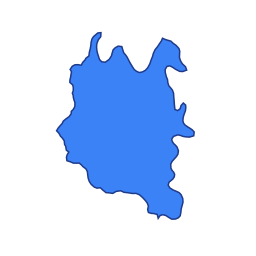 Abdon Batista, Santa Catarina, Brazil (Mercator projection), rotated 257°
{"feature_id": "56859067B29190973569639", "entity_name": "Abdon Batista", "entity_type": "district", "adm_level": 2, "iso_a3": "BRA", "parent_name": "Brazil", "parent_adm1": "Santa Catarina", "projection": "mercator", "projection_center": [-51.047, -27.584], "detail": "fine", "context": "isolated", "style": "filled", "palette": "blue", "viewbox_px": 256, "rotation_deg": 257, "n_neighbors": 0, "source": "geoboundaries", "source_scale": "gbopen_adm2", "svg_char_len": 2712}
<svg xmlns="http://www.w3.org/2000/svg" viewBox="0 0 256 256"><g transform="rotate(257 128 128)"><path d="M205.5,102.8L203.8,101.2L202.1,98.6L199.7,96.6L201.1,93.1L201.5,90.3L200.7,87.6L198.1,84.8L195.5,85.6L192.7,84.4L190.2,83.4L187.8,82.2L185.5,81.6L182.4,83.8L179.9,83.8L176.8,83.1L174.4,81.6L172.2,81.9L169.8,81.6L167.4,81.7L164.6,82.0L160.8,81.0L158.3,78.7L157.0,76.5L154.6,75.8L152.3,73.1L150.7,69.3L149.2,66.4L147.2,64.9L145.8,62.8L143.6,59.9L141.4,57.8L138.4,59.5L135.2,60.4L132.9,61.8L129.8,63.0L126.3,62.5L124.0,63.2L120.3,62.9L117.9,64.9L115.6,62.7L113.2,61.4L109.9,61.1L107.7,64.7L106.1,66.8L105.3,70.0L104.8,72.6L102.8,74.1L100.4,75.5L97.7,77.8L94.6,78.6L91.4,78.2L87.8,77.9L84.5,78.3L81.3,79.5L78.0,81.9L76.4,84.3L76.0,87.6L73.2,89.5L70.0,92.0L69.0,95.2L67.7,98.5L68.9,102.2L68.5,106.7L66.2,109.7L65.0,113.2L63.2,117.6L62.5,121.1L60.4,124.1L57.4,126.3L53.8,128.4L50.8,129.8L47.3,130.3L44.1,128.8L41.1,128.9L39.6,131.4L38.8,134.0L37.2,137.0L33.2,137.1L35.5,139.6L35.7,142.3L34.3,145.1L31.4,147.9L29.4,150.0L28.6,153.7L29.2,156.9L30.7,159.1L33.6,160.4L37.1,161.6L40.3,163.3L43.3,164.9L47.0,165.5L51.1,164.7L53.5,163.3L55.1,161.3L57.4,158.1L60.2,155.3L63.3,154.3L66.0,155.8L68.1,160.1L70.0,162.1L72.3,163.0L74.5,162.6L76.8,161.4L79.2,160.8L83.2,161.5L85.5,163.4L87.4,166.1L89.3,168.8L91.2,170.7L94.4,172.0L98.5,171.5L100.8,170.2L102.7,168.9L105.1,168.1L107.4,168.1L109.6,170.5L110.1,175.1L108.8,177.7L107.4,179.8L106.4,182.2L105.3,185.9L105.6,190.3L109.2,191.6L111.9,190.1L113.9,188.2L116.1,186.0L118.1,184.2L120.3,183.2L122.6,183.1L125.8,184.1L128.5,185.6L131.8,187.8L134.8,188.9L137.4,189.3L139.9,187.5L138.0,184.8L135.0,183.1L133.8,180.3L135.5,177.9L140.0,178.4L145.0,179.2L148.1,179.6L151.6,180.2L154.9,179.8L157.1,178.8L159.9,177.3L163.1,177.0L166.2,177.4L169.4,176.9L173.9,176.8L176.7,177.4L179.2,179.8L179.2,182.6L177.1,185.2L174.9,187.2L173.2,189.1L171.6,191.0L170.7,194.0L171.2,198.2L174.8,197.8L178.3,195.4L181.6,194.3L185.2,194.0L188.5,194.9L191.2,195.7L194.0,195.5L197.6,193.5L200.3,191.1L203.0,189.3L205.5,184.8L207.7,181.8L205.4,180.2L203.2,177.8L200.8,175.3L198.2,172.0L195.0,169.5L192.0,167.9L189.5,166.1L185.6,163.7L182.2,160.7L180.3,157.9L179.4,154.7L179.5,151.5L181.2,149.2L183.4,147.3L186.1,146.3L189.1,145.3L192.0,144.4L194.8,143.7L197.2,143.1L199.7,142.1L202.2,140.8L205.0,140.5L208.7,140.3L210.0,136.8L209.0,133.5L207.5,131.1L204.7,129.5L202.0,128.1L199.1,125.1L197.2,120.7L198.4,117.3L201.3,115.6L204.3,115.4L207.3,115.1L210.6,115.1L214.0,115.6L217.2,116.6L220.6,118.9L223.1,122.0L227.0,123.1L227.4,120.0L225.9,117.0L224.7,114.8L222.8,112.9L220.0,111.4L216.6,110.3L213.4,108.9L210.6,107.4L207.0,106.1L205.5,102.8Z" fill="#3b82f6" stroke="#1e3a8a" stroke-width="1.5"/></g></svg>